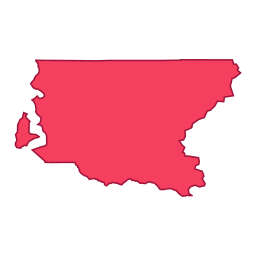 outline of King, Washington, United States of America
{"feature_id": "52423323B35530413742416", "entity_name": "King", "entity_type": "district", "adm_level": 2, "iso_a3": "USA", "parent_name": "United States of America", "parent_adm1": "Washington", "projection": "natural_earth1", "projection_center": [-121.9, 47.433], "detail": "fine", "context": "isolated", "style": "filled", "palette": "rose", "viewbox_px": 256, "rotation_deg": 0, "n_neighbors": 0, "source": "geoboundaries", "source_scale": "gbopen_adm2", "svg_char_len": 3740}
<svg xmlns="http://www.w3.org/2000/svg" viewBox="0 0 256 256"><path d="M192.6,195.9L189.1,193.7L188.2,189.8L190.4,186.9L194.9,185.1L199.5,186.9L204.4,185.7L205.2,183.7L202.2,178.7L203.9,176.1L202.2,171.3L194.8,168.9L195.5,165.8L198.7,164.4L199.3,161.8L198.5,157.7L187.6,156.0L185.2,156.2L184.4,153.1L182.6,152.4L184.7,147.3L182.5,145.5L179.2,140.7L183.5,139.9L185.3,136.5L185.1,130.4L187.7,129.6L191.7,127.6L192.6,123.7L198.8,119.4L204.3,117.5L207.2,111.1L210.4,110.2L214.7,106.0L217.5,101.1L223.7,101.7L224.4,97.1L233.4,95.7L230.3,86.2L232.1,78.5L234.6,77.8L240.6,72.9L237.3,70.0L238.6,67.9L236.3,64.2L233.7,64.1L232.4,59.9L180.6,59.8L180.5,60.2L160.8,60.5L108.0,60.5L98.1,60.8L93.2,60.8L71.2,60.6L61.8,60.5L59.4,60.5L55.2,60.5L51.1,60.4L48.0,60.4L46.5,60.4L35.9,60.3L36.2,61.4L38.3,64.1L38.0,65.9L39.4,69.8L38.9,72.3L38.6,73.2L38.3,73.8L36.3,75.3L34.7,77.7L34.1,79.5L30.7,83.6L33.0,87.4L34.6,88.5L36.2,89.1L37.4,89.0L40.2,90.4L43.7,93.4L43.8,93.7L44.5,95.3L44.0,96.9L43.8,97.0L41.7,98.2L39.8,98.5L39.0,98.1L37.2,96.0L34.9,98.3L32.0,99.9L33.7,101.3L35.5,105.0L36.1,109.9L35.7,111.8L37.3,114.4L40.5,117.1L41.1,118.4L40.1,122.8L37.8,124.5L40.3,125.1L41.0,125.6L42.1,126.2L42.7,128.4L42.7,129.9L43.2,131.3L45.1,132.8L46.2,134.3L46.6,136.1L46.7,141.3L46.7,144.5L44.9,145.9L40.6,147.0L32.3,150.0L45.1,161.3L45.1,162.4L45.7,162.4L51.3,162.5L61.4,162.4L61.9,162.4L63.5,162.4L66.4,162.4L71.3,162.4L74.6,162.5L75.4,162.8L75.6,163.2L75.5,163.7L75.6,164.5L76.0,165.0L77.1,165.6L77.6,165.8L77.9,166.5L77.6,166.9L77.7,167.4L78.0,167.5L78.5,167.7L78.9,168.2L78.9,168.8L79.0,169.5L79.3,170.1L79.4,171.0L80.1,172.0L80.8,173.0L81.7,173.7L82.3,174.4L83.3,174.9L84.6,175.7L86.0,176.1L87.0,176.5L87.5,177.2L88.4,177.9L88.8,178.7L89.3,179.3L90.1,179.3L90.5,179.1L91.4,178.8L92.4,178.6L93.5,178.8L94.5,178.5L95.6,178.9L95.8,179.3L96.8,179.5L97.2,179.2L97.8,179.4L97.8,179.8L98.0,180.5L98.7,180.9L99.2,180.7L100.0,180.8L100.8,181.3L101.2,181.8L102.1,182.3L102.9,182.1L104.3,182.7L104.6,184.6L106.0,185.6L106.6,185.8L107.4,185.1L108.0,184.5L108.6,183.7L110.1,183.5L111.1,183.3L111.6,182.8L112.9,182.6L114.4,182.9L115.6,182.8L115.9,183.1L116.8,183.3L117.3,183.1L118.0,183.2L118.3,183.6L118.8,184.1L119.3,184.0L120.3,184.4L121.0,184.8L121.9,184.6L122.3,184.2L122.7,183.5L123.7,182.8L124.7,181.9L125.7,181.5L126.1,180.8L126.9,180.2L127.9,179.6L128.5,179.0L129.0,179.1L129.6,179.0L130.5,179.1L131.2,179.2L131.8,180.3L132.6,180.4L133.6,180.1L134.3,180.6L135.0,180.9L135.8,181.1L136.1,180.9L136.6,180.7L136.9,181.1L138.3,181.8L139.1,182.4L139.9,183.2L141.0,183.2L142.7,183.3L144.0,183.4L145.1,183.6L145.8,183.4L146.5,182.8L147.2,182.5L148.1,182.3L148.4,181.8L149.1,181.6L149.5,181.8L150.3,182.1L151.0,182.5L151.9,182.4L152.9,182.9L153.7,182.9L154.3,183.1L154.9,183.4L155.6,184.1L155.9,184.6L156.8,184.9L157.4,185.9L158.1,186.8L158.8,187.7L159.4,188.5L159.6,189.1L160.2,189.3L161.1,189.6L161.6,189.7L162.1,189.5L162.6,189.4L163.4,189.5L164.1,189.5L164.8,189.5L165.3,189.1L166.0,188.9L167.2,188.8L168.0,188.9L169.0,188.6L170.2,188.6L171.0,188.8L171.8,188.9L172.6,189.0L173.0,189.5L173.4,189.8L174.3,190.0L174.9,190.2L175.2,190.1L175.7,190.2L176.0,190.5L176.4,191.1L177.1,191.4L177.4,191.7L177.7,192.4L178.1,192.9L179.0,193.6L179.8,194.4L181.0,195.3L182.0,195.8L182.6,196.2L184.4,196.0L185.9,195.8L186.9,195.4L187.7,195.2L188.7,195.6L190.7,195.5L192.3,195.7L192.6,195.9ZM15.7,142.5L15.4,145.1L16.8,147.5L18.9,148.0L20.8,148.1L21.0,147.2L24.4,145.3L26.3,145.7L26.8,145.6L27.7,143.3L29.3,141.2L34.9,138.1L38.5,137.3L39.2,136.6L35.9,134.6L30.9,134.0L29.3,133.0L29.0,131.1L29.1,122.9L30.0,121.4L25.9,117.4L25.9,116.0L27.1,114.1L23.7,112.6L22.4,118.1L20.1,119.5L17.7,124.8L17.5,131.7L15.6,134.7L17.0,140.6L15.7,142.5Z" fill="#f43f5e" stroke="#9f1239" stroke-width="1.5"/></svg>